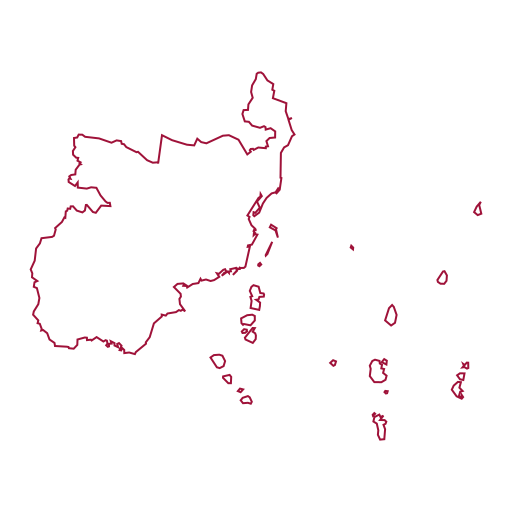 outline of Kota Makassar, Sulawesi Selatan, Indonesia, rotated 180°
{"feature_id": "22746128B73854317646589", "entity_name": "Kota Makassar", "entity_type": "district", "adm_level": 2, "iso_a3": "IDN", "parent_name": "Indonesia", "parent_adm1": "Sulawesi Selatan", "projection": "mercator", "projection_center": [119.406, -5.12], "detail": "fine", "context": "isolated", "style": "outline", "palette": "rose", "viewbox_px": 512, "rotation_deg": 180, "n_neighbors": 0, "source": "geoboundaries", "source_scale": "gbopen_adm2", "svg_char_len": 6122}
<svg xmlns="http://www.w3.org/2000/svg" viewBox="0 0 512 512"><g transform="rotate(180 256 256)"><path d="M443.3,330.0L437.0,326.0L434.3,329.6L434.2,324.4L425.2,323.4L420.9,324.7L415.6,324.2L411.5,316.6L406.5,310.6L404.5,309.1L402.2,309.2L401.6,305.9L410.8,306.4L416.2,299.2L419.1,300.0L425.2,307.1L426.1,307.0L427.1,301.5L429.6,299.6L435.2,301.4L439.0,305.7L441.3,305.6L441.8,303.2L444.3,303.5L444.8,301.3L446.2,300.6L446.7,294.2L447.6,294.6L450.1,290.0L456.9,283.9L456.3,282.5L458.0,276.3L459.9,275.1L470.5,273.8L472.1,268.6L475.9,263.5L477.3,251.3L481.3,242.6L479.7,238.7L480.0,234.7L474.7,231.0L477.5,229.7L478.2,225.2L475.1,223.9L472.6,214.0L473.7,207.8L478.2,200.6L478.9,197.3L473.7,191.6L474.4,188.8L472.2,188.2L470.3,183.1L470.8,181.5L468.9,182.0L464.8,178.8L462.5,172.5L457.5,169.1L457.0,166.0L445.3,165.3L443.5,165.0L443.1,163.8L438.3,163.3L434.7,167.1L434.5,172.5L427.2,174.5L425.1,174.3L425.0,171.9L421.1,172.3L420.4,171.5L415.4,174.9L408.6,170.5L406.4,171.8L405.1,171.3L404.5,168.4L405.8,166.7L404.2,165.2L403.0,165.6L403.1,168.2L400.5,168.4L401.2,170.8L397.5,168.9L397.5,166.5L393.9,164.8L394.8,168.0L393.0,168.9L390.5,166.3L392.4,161.9L390.8,161.6L389.9,164.0L387.8,162.1L387.7,158.9L382.8,159.5L377.1,157.9L376.2,159.9L366.0,168.3L366.2,169.7L362.3,174.8L358.1,188.6L350.2,195.5L350.3,197.4L346.2,196.4L344.5,198.5L336.0,199.9L333.1,201.9L331.2,201.2L329.4,202.4L326.8,200.7L332.0,207.8L332.6,213.1L331.1,215.4L331.4,218.2L338.1,225.0L334.5,228.1L328.7,228.6L326.7,227.3L328.2,227.3L328.7,226.2L325.2,226.0L324.8,224.5L319.3,228.0L313.6,228.9L311.5,233.2L310.5,231.4L306.0,232.5L301.4,231.0L297.9,231.9L291.9,235.7L292.9,235.2L295.1,238.7L293.1,238.2L288.7,242.2L286.9,242.8L285.4,240.0L287.5,239.3L287.2,238.8L289.0,237.8L290.2,236.3L284.5,240.5L283.1,239.1L283.2,240.5L281.1,240.7L281.7,242.8L275.9,244.1L275.2,241.3L279.1,237.1L275.0,241.2L275.1,243.7L273.5,242.9L272.6,243.9L272.3,242.2L272.0,244.0L268.1,244.1L266.6,245.4L262.1,265.6L264.3,265.2L264.0,266.6L260.1,267.4L254.6,277.4L257.1,277.9L258.3,276.8L258.1,278.8L257.8,279.0L256.9,278.7L256.0,278.7L257.9,279.2L257.9,281.7L256.4,281.8L256.4,282.1L258.0,281.7L257.1,283.5L260.5,286.7L263.3,293.0L262.5,295.1L264.6,296.5L253.5,314.1L251.6,315.4L251.4,318.0L250.2,315.9L255.0,310.4L252.2,304.3L256.7,299.2L258.4,299.8L258.7,296.8L257.7,295.8L252.8,299.4L249.1,308.5L245.4,314.1L240.4,318.6L236.4,319.7L233.8,323.7L233.0,322.9L236.1,318.0L232.3,322.3L230.6,334.0L231.5,334.3L231.1,359.1L227.9,364.6L224.0,366.8L220.0,375.8L217.5,377.5L220.3,381.9L223.5,392.2L220.1,394.0L223.6,392.9L226.3,400.8L225.6,408.8L239.1,413.8L237.7,421.2L239.7,422.3L238.7,427.9L244.6,431.6L248.8,438.0L251.0,439.6L253.8,439.3L255.3,438.2L256.2,432.9L259.9,426.6L260.9,420.0L259.3,414.2L263.6,407.6L264.0,402.1L268.4,401.9L269.6,398.0L267.2,390.6L263.1,390.2L259.9,386.4L252.0,384.2L248.0,385.8L246.5,384.9L246.3,382.4L241.4,383.8L236.8,380.6L236.9,374.5L242.4,374.0L245.6,370.9L244.0,365.7L246.2,365.4L246.2,363.8L253.7,364.5L258.3,362.1L259.0,363.2L261.3,363.0L262.2,361.8L261.2,360.3L264.7,357.6L273.5,372.3L283.1,376.8L289.1,376.3L305.6,368.7L310.8,369.9L314.7,373.3L317.8,366.6L325.1,367.3L339.9,371.8L350.0,376.8L353.9,348.5L354.2,349.7L359.2,349.3L364.9,351.8L374.0,360.2L375.5,359.8L385.7,364.9L388.0,367.8L390.3,368.2L390.9,370.9L395.4,371.6L400.5,369.3L413.0,373.6L426.9,375.2L429.7,377.3L433.3,377.4L434.8,374.5L438.0,374.0L437.8,366.3L436.6,364.8L439.1,361.0L438.9,357.3L435.8,354.3L433.8,354.1L434.5,351.3L431.5,349.7L432.4,348.8L431.2,347.7L432.5,347.4L436.3,342.3L436.7,337.6L440.8,337.0L442.7,335.6L441.5,333.3L442.7,333.6L443.5,332.5L443.3,330.0ZM141.3,143.2L142.2,135.9L137.7,129.9L130.6,129.8L126.5,132.2L125.4,136.3L128.9,139.1L127.9,143.0L130.7,143.6L130.0,147.2L132.2,148.5L132.5,151.1L137.0,152.3L139.7,151.0L142.2,146.3L141.3,143.2ZM261.4,204.0L252.8,202.1L252.1,205.8L251.9,209.4L255.8,212.2L253.4,212.6L252.6,215.1L248.2,215.4L247.9,217.4L248.4,218.5L251.7,219.0L253.4,225.3L258.5,226.8L260.6,225.1L262.2,221.1L259.8,215.8L261.6,215.1L260.4,211.1L261.4,204.0ZM131.9,72.4L127.7,72.8L126.9,82.8L128.5,87.2L126.5,88.2L125.7,90.3L127.4,91.9L131.9,92.0L128.6,96.3L131.5,95.0L132.7,97.4L137.6,94.9L138.6,90.5L135.2,88.4L133.7,81.7L134.1,77.2L131.9,72.4ZM119.9,207.0L123.0,203.8L126.9,191.6L120.9,186.5L117.0,189.2L115.4,197.1L118.2,205.1L119.9,207.0ZM298.1,156.9L301.5,154.5L295.1,144.7L292.3,143.9L288.4,145.9L286.9,150.9L289.6,156.3L292.7,157.3L298.1,156.9ZM268.2,188.0L261.5,186.7L257.2,191.5L257.2,196.0L259.7,197.3L264.8,196.8L270.9,193.6L270.5,188.8L269.0,187.2L268.2,188.0ZM55.4,115.7L50.3,113.3L48.9,114.9L50.2,116.9L50.3,114.8L53.1,115.8L51.8,120.3L49.4,121.0L52.6,124.3L51.1,129.8L54.1,130.1L58.3,126.4L60.2,122.3L55.4,115.7ZM259.4,184.0L267.1,174.3L266.5,172.5L259.2,169.1L256.3,172.9L256.1,176.5L256.8,178.7L259.3,180.3L257.2,183.9L259.4,184.0ZM71.5,228.3L67.8,228.2L65.5,231.2L65.1,236.6L67.5,240.8L69.0,240.5L74.6,232.0L74.1,230.1L71.5,228.3ZM264.1,109.2L261.2,108.3L260.2,110.2L262.3,114.7L264.1,115.9L269.3,114.2L271.3,111.7L269.0,108.8L264.1,109.2ZM289.0,134.2L283.7,128.8L281.1,128.8L280.8,135.1L282.4,137.1L288.9,135.6L289.0,134.2ZM37.9,299.9L34.3,296.9L30.7,298.3L32.8,307.0L31.2,310.2L35.3,305.4L37.9,299.9ZM52.0,132.7L48.7,132.0L47.5,138.6L52.0,138.7L54.9,136.7L52.0,132.7ZM178.9,151.8L181.8,149.1L178.6,146.2L177.1,147.0L176.0,150.6L178.9,151.8ZM47.6,144.9L45.0,143.4L43.7,144.0L43.8,149.3L45.2,149.4L47.3,147.0L48.8,148.1L48.1,146.3L49.5,144.6L47.6,144.9ZM236.5,281.6L234.1,274.4L236.0,282.7L235.4,283.8L240.9,287.3L242.2,284.7L236.5,281.6ZM127.8,152.9L130.2,149.9L125.6,147.5L125.2,151.3L127.8,152.9ZM267.9,182.8L270.2,180.5L269.5,179.0L266.8,179.2L265.0,180.7L265.2,182.3L267.9,182.8ZM272.0,123.4L274.1,120.9L271.4,119.8L268.9,122.6L272.0,123.4ZM239.8,270.2L246.3,256.9L246.2,256.4L244.6,258.0L239.8,270.2ZM126.7,121.1L127.5,119.9L126.1,118.5L124.9,118.8L124.3,120.8L126.7,121.1ZM160.7,266.3L161.3,264.5L159.0,262.6L158.8,264.4L160.7,266.3ZM137.7,98.9L139.3,97.2L139.0,96.2L136.9,98.2L137.7,98.9ZM252.6,245.8L250.8,247.5L252.0,249.1L253.7,247.7L253.8,246.5L252.6,245.8Z" fill="none" stroke="#9f1239" stroke-width="2"/></g></svg>